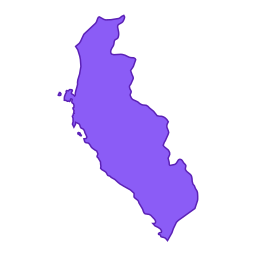 Ica, Natural Earth projection
{"feature_id": "PER-589", "entity_name": "Ica", "entity_type": "Department", "adm_level": 1, "iso_a3": "PER", "parent_name": "Peru", "parent_adm1": "", "projection": "natural_earth1", "projection_center": [-75.673, -14.21], "detail": "fine", "context": "isolated", "style": "filled", "palette": "violet", "viewbox_px": 256, "rotation_deg": 0, "n_neighbors": 0, "source": "natural_earth", "source_scale": "10m", "svg_char_len": 4072}
<svg xmlns="http://www.w3.org/2000/svg" viewBox="0 0 256 256"><path d="M167.5,240.6L166.0,238.8L165.1,238.0L163.6,237.4L162.1,237.1L160.9,236.6L160.4,235.1L160.0,234.8L158.6,234.4L158.5,233.7L158.6,233.4L159.7,232.7L161.3,232.3L161.6,231.0L160.4,229.0L158.1,227.4L155.0,225.9L152.9,223.5L154.4,223.5L155.2,223.0L155.6,222.1L155.5,221.0L155.1,220.2L154.6,219.3L150.8,215.3L149.2,214.4L145.1,213.8L144.0,212.8L143.3,211.2L142.6,209.1L139.0,203.0L138.4,201.2L137.8,200.3L135.0,198.1L134.1,197.1L134.0,196.5L134.1,193.6L133.8,193.0L130.4,189.9L123.9,186.3L121.8,185.0L120.2,184.1L118.3,182.6L114.9,179.5L111.0,177.3L110.7,176.8L110.1,176.3L109.3,175.9L108.6,175.7L107.8,175.4L107.2,174.5L106.7,173.5L106.2,172.6L105.6,172.0L105.0,171.5L101.8,169.6L100.6,168.3L100.9,166.2L100.6,164.1L100.5,161.9L99.4,160.0L98.1,157.8L97.3,157.2L97.0,156.2L97.4,155.4L97.9,153.9L97.6,153.1L96.7,151.0L94.9,150.0L92.3,148.1L91.3,147.1L89.8,144.6L88.8,143.4L88.0,143.0L86.0,142.7L85.3,142.4L84.7,141.7L83.9,138.8L86.1,138.5L86.7,137.7L86.8,136.8L86.3,135.6L85.5,133.9L85.0,132.9L84.4,130.9L83.5,129.3L82.3,128.6L81.0,128.0L80.3,126.8L79.9,125.3L79.3,124.2L78.3,123.5L75.6,122.3L75.5,124.3L73.9,127.2L72.4,124.1L73.1,121.7L73.0,118.2L72.3,116.2L73.1,115.4L73.2,114.0L74.2,113.3L73.7,112.3L73.9,111.5L74.1,110.6L73.3,109.5L72.9,108.0L73.8,107.6L74.0,105.3L73.4,103.7L72.0,102.7L71.8,101.6L71.9,100.9L72.1,100.2L72.2,99.6L71.8,99.0L71.0,98.8L70.5,99.2L70.3,100.7L69.7,101.5L68.7,101.1L67.4,101.3L65.9,100.4L64.3,100.3L64.3,97.9L64.5,96.6L65.6,93.7L66.4,92.4L66.1,91.2L66.8,90.5L68.2,90.9L69.6,89.6L71.0,89.6L72.0,89.8L72.4,90.8L71.6,92.1L71.4,93.4L72.1,94.1L73.2,94.7L74.6,96.0L75.3,95.0L75.3,93.1L75.7,91.2L76.9,87.1L77.6,84.3L77.5,82.5L77.8,80.0L78.7,77.0L79.6,74.1L80.9,66.5L80.4,59.6L79.8,56.3L77.8,49.8L75.6,46.4L79.3,43.3L80.6,41.3L83.5,35.0L84.1,34.0L95.3,23.5L96.1,22.5L96.6,21.5L97.7,18.5L98.3,17.4L98.9,17.0L99.4,16.9L99.7,17.0L99.8,17.1L100.1,17.3L103.9,19.4L105.7,19.9L111.1,19.7L118.5,18.5L119.6,18.1L121.7,16.4L123.8,15.4L124.3,16.3L124.5,16.7L124.6,17.1L124.5,17.7L124.2,18.9L123.3,20.9L122.6,21.9L121.8,22.6L118.8,24.3L118.2,24.8L117.7,25.7L117.6,27.1L118.6,32.1L118.7,33.4L118.7,34.9L118.3,36.9L117.8,38.0L117.1,38.7L115.6,39.5L114.9,40.0L114.5,40.7L114.2,41.7L113.9,43.9L113.6,45.0L113.3,45.8L111.9,48.1L111.1,49.7L110.8,50.7L110.7,51.7L110.8,52.7L111.1,53.5L111.7,54.1L113.8,54.7L119.2,54.4L120.9,54.3L122.5,54.5L125.0,55.2L129.1,57.2L130.8,57.6L133.7,57.8L134.5,58.2L135.2,58.7L135.7,59.7L133.4,66.3L132.5,67.8L131.5,69.2L130.6,70.6L132.1,74.8L132.9,76.5L133.2,77.5L133.2,78.7L130.8,84.1L129.6,85.7L129.4,86.9L129.6,87.6L129.8,88.6L131.0,90.9L131.2,91.8L131.0,92.7L130.3,94.2L130.1,95.0L130.4,95.9L131.1,97.5L131.7,98.5L132.7,99.5L137.2,101.6L138.2,102.2L139.5,103.4L140.6,104.1L142.1,104.8L143.2,105.0L146.2,105.3L146.9,105.7L148.0,106.4L149.4,107.9L153.6,111.3L157.1,115.7L159.3,116.2L161.7,116.3L162.6,116.6L163.7,117.0L165.1,117.9L166.8,119.5L168.3,121.8L167.5,123.4L167.1,124.3L166.8,125.7L166.9,127.3L168.3,130.9L168.7,132.5L168.2,134.2L165.3,140.7L164.4,142.1L163.8,143.6L163.2,145.3L163.8,146.2L164.4,146.9L167.8,149.6L168.4,150.2L168.8,150.9L169.6,152.5L169.7,153.7L169.7,154.6L168.1,158.2L169.1,162.1L169.3,164.5L169.6,165.1L170.3,165.4L174.4,164.5L175.2,164.2L175.8,163.7L176.4,163.1L178.3,160.1L178.9,159.6L179.7,159.3L180.5,159.4L181.3,159.7L182.1,160.4L182.7,161.3L183.6,162.8L184.4,163.6L185.1,164.4L185.6,165.0L185.9,165.9L185.4,168.3L185.4,169.5L186.2,170.8L186.9,171.6L190.3,174.4L190.8,175.0L191.3,175.7L191.7,176.9L192.0,178.5L192.2,181.3L192.9,184.0L194.4,185.9L195.4,188.5L196.8,190.7L197.2,191.7L197.5,192.8L197.7,196.1L197.7,199.2L197.5,200.6L194.9,208.5L178.3,220.4L176.4,222.3L173.6,228.1L173.0,229.6L172.4,231.4L171.9,232.8L167.5,240.6L167.5,240.6ZM60.4,93.2L60.9,93.5L60.9,94.4L60.6,95.3L59.8,95.5L59.0,95.5L58.3,95.3L58.5,94.2L59.2,93.4L59.4,92.5L60.2,92.6L60.4,93.2ZM79.9,132.9L80.4,133.9L80.6,134.7L81.4,135.2L81.1,135.8L80.2,135.6L79.0,134.5L77.9,133.9L77.9,132.9L78.5,132.5L79.9,132.9Z" fill="#8b5cf6" stroke="#5b21b6" stroke-width="1.5"/></svg>